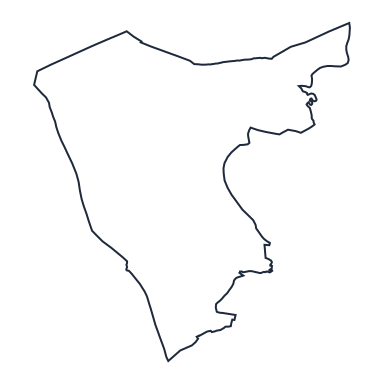 outline of Nanchital de Lázaro Cárdenas del Río, Veracruz, Mexico, rotated 90°
{"feature_id": "50627088B93605390589643", "entity_name": "Nanchital de Lázaro Cárdenas del Río", "entity_type": "district", "adm_level": 2, "iso_a3": "MEX", "parent_name": "Mexico", "parent_adm1": "Veracruz", "projection": "robinson", "projection_center": [-94.39, 18.066], "detail": "fine", "context": "isolated", "style": "outline", "palette": "slate", "viewbox_px": 384, "rotation_deg": 90, "n_neighbors": 0, "source": "geoboundaries", "source_scale": "gbopen_adm2", "svg_char_len": 4647}
<svg xmlns="http://www.w3.org/2000/svg" viewBox="0 0 384 384"><g transform="rotate(90 192 192)"><path d="M23.0,34.8L31.4,54.8L42.4,78.5L46.8,93.2L51.4,101.1L56.8,110.5L58.8,112.3L58.7,113.1L58.7,113.8L58.7,114.8L58.4,115.7L58.2,117.1L57.9,118.4L57.9,119.1L57.9,119.9L58.1,121.2L58.2,122.5L57.8,123.8L58.0,125.2L58.1,126.7L58.3,128.7L58.3,130.2L59.2,132.5L59.5,134.9L59.6,136.9L59.7,139.4L59.9,140.8L60.1,142.1L60.6,144.5L60.5,145.8L60.5,147.0L60.8,148.5L61.0,150.2L61.4,154.6L61.6,156.3L61.7,156.9L61.8,158.2L62.0,159.3L62.1,160.5L62.2,161.3L62.3,161.6L62.4,161.8L62.4,162.0L62.5,162.2L62.7,162.7L62.8,163.5L62.9,164.3L63.2,165.1L63.4,166.0L63.5,166.6L63.5,167.4L63.6,168.5L63.8,169.8L64.1,170.6L64.0,171.7L64.4,172.8L64.4,173.8L64.4,175.7L64.6,177.9L64.7,179.2L64.7,180.5L64.7,181.5L64.7,182.1L64.6,183.3L64.4,184.8L64.3,185.8L64.2,187.3L64.1,189.8L60.8,194.0L56.0,206.8L53.6,213.5L49.7,224.2L46.4,233.3L42.4,243.2L41.5,242.5L36.6,250.4L31.3,257.3L36.4,269.2L38.4,274.1L38.6,274.4L39.1,275.7L42.1,282.7L44.8,289.0L45.9,291.5L48.4,297.1L49.6,299.7L52.9,307.0L53.3,307.9L57.4,316.9L57.7,317.6L64.5,332.7L70.6,345.3L71.3,346.7L78.0,348.3L84.9,349.9L89.1,346.1L94.2,341.4L94.8,340.7L97.4,338.0L102.8,335.0L107.1,334.3L112.5,332.2L117.2,330.7L121.5,328.9L127.0,327.7L133.1,325.7L137.0,324.1L140.7,322.6L145.6,320.2L145.9,320.1L146.1,319.9L147.4,319.3L153.5,316.5L163.3,311.8L173.8,307.6L180.4,305.8L181.8,305.4L190.5,304.1L191.0,304.0L198.9,302.4L206.3,300.2L212.1,298.1L213.2,297.7L220.6,295.4L226.5,293.4L230.8,291.9L235.4,287.4L237.9,284.9L241.4,281.4L247.9,272.6L248.4,272.0L257.6,260.9L261.3,256.9L263.4,257.0L264.8,257.6L266.9,256.9L269.4,257.7L269.7,257.7L270.4,257.2L270.8,255.1L273.8,252.3L276.8,249.9L284.0,244.1L291.8,239.2L296.5,237.0L307.4,233.7L307.5,233.6L315.8,231.2L324.9,228.6L332.5,225.8L335.4,224.8L349.0,219.8L357.1,217.6L361.0,215.7L350.5,203.8L345.4,192.1L342.1,188.4L338.7,185.9L336.8,187.3L335.6,185.0L335.9,184.8L331.6,177.0L330.8,173.3L332.1,172.2L331.3,168.9L330.7,167.6L330.0,163.5L328.6,161.2L328.1,160.2L327.1,159.1L326.7,158.5L326.6,157.3L326.7,156.1L326.4,154.3L326.2,153.2L323.2,152.7L319.6,151.7L320.0,149.6L315.0,148.4L312.9,161.7L312.8,163.8L312.4,165.5L311.8,167.2L307.7,168.2L304.1,167.9L302.4,166.2L301.0,164.3L298.6,161.9L297.5,161.0L295.6,159.4L293.2,156.8L290.2,154.8L287.3,152.6L284.1,150.8L283.0,150.5L280.5,150.0L278.4,148.3L277.4,146.6L276.6,143.8L275.6,140.7L272.9,144.5L272.6,144.2L271.8,144.0L272.0,143.7L271.7,143.3L271.5,143.1L271.4,142.8L271.5,142.5L271.6,142.1L272.2,141.1L272.2,140.9L272.1,139.9L271.9,138.7L271.7,137.8L271.5,136.5L271.2,135.4L271.1,134.9L271.1,134.5L271.1,132.7L271.5,130.8L272.2,127.9L272.5,126.3L272.8,125.2L273.0,124.4L273.0,123.7L273.0,123.1L272.8,122.5L272.3,121.4L272.1,120.7L271.9,120.1L272.0,119.5L272.1,119.2L272.2,118.9L272.1,118.3L271.7,118.0L271.5,117.7L271.6,117.1L271.7,116.2L272.1,115.2L272.4,114.6L272.1,113.6L270.8,111.8L270.3,112.0L270.2,113.0L270.1,113.6L270.1,114.3L270.0,114.5L269.6,114.1L269.3,113.7L269.1,113.1L268.7,112.5L268.1,112.2L266.5,112.2L265.9,112.0L265.7,112.3L265.7,113.2L265.7,113.7L265.4,113.8L265.1,113.7L264.7,113.6L264.4,113.3L263.7,112.8L262.7,112.3L262.3,112.1L262.1,112.1L260.6,112.9L259.0,115.6L257.9,118.4L244.8,119.5L245.2,114.7L243.1,114.1L242.9,114.1L241.4,116.8L239.0,119.9L236.7,122.0L231.1,125.9L228.5,127.8L224.9,128.4L221.1,130.3L220.3,130.7L213.0,138.1L209.6,141.6L194.8,152.4L194.1,152.8L187.8,156.4L180.5,159.4L173.5,160.3L168.2,160.5L163.1,159.5L156.9,156.3L152.4,152.6L148.9,148.7L146.2,145.6L145.0,144.0L144.9,140.6L144.3,136.3L142.8,134.6L139.7,135.2L135.7,135.9L133.4,135.9L130.0,134.7L127.6,133.4L130.1,126.1L131.9,118.4L133.7,108.8L134.4,104.6L132.5,101.3L129.7,96.0L131.1,88.3L132.8,83.1L128.8,75.7L126.9,72.6L125.5,70.7L124.5,69.4L122.3,70.4L120.7,70.5L119.3,71.7L118.6,72.2L114.9,72.4L111.4,73.2L110.0,73.6L108.1,74.1L106.0,76.4L104.4,77.4L103.5,76.8L103.0,76.4L102.3,75.4L104.5,74.1L105.0,73.0L104.2,72.0L102.8,71.7L101.8,72.2L101.1,73.3L100.6,74.2L99.5,73.9L98.7,73.4L98.5,72.5L100.6,71.2L101.3,69.4L100.8,68.0L100.5,67.8L99.7,67.4L97.7,68.1L95.4,69.1L95.1,69.2L93.9,70.7L93.5,72.8L94.0,74.3L94.9,76.2L94.3,76.8L93.0,77.0L92.0,78.9L91.3,81.2L88.4,82.7L86.1,85.1L85.8,82.8L86.0,79.9L86.3,77.9L87.1,75.9L87.3,74.2L87.2,74.1L85.9,72.8L83.5,72.2L81.3,72.0L79.9,71.9L77.8,72.1L75.5,72.5L74.0,71.5L72.3,69.6L70.8,67.8L69.8,66.6L68.1,64.2L67.9,63.9L66.8,60.8L66.0,56.6L66.0,53.0L66.3,49.1L66.5,43.1L64.8,38.8L63.1,36.3L61.1,35.7L60.2,35.4L58.2,35.6L57.0,35.8L52.9,37.1L51.9,37.3L49.7,37.7L46.1,37.7L42.2,36.5L42.1,36.4L39.1,35.3L35.1,34.6L27.5,34.1L23.0,34.8Z" fill="none" stroke="#1e293b" stroke-width="2"/></g></svg>